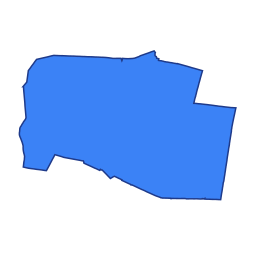 outline of Coacalco de Berriozábal, México, Mexico, rotated 87°
{"feature_id": "50627088B41912886013432", "entity_name": "Coacalco de Berriozábal", "entity_type": "district", "adm_level": 2, "iso_a3": "MEX", "parent_name": "Mexico", "parent_adm1": "México", "projection": "mercator", "projection_center": [-99.1, 19.626], "detail": "fine", "context": "isolated", "style": "filled", "palette": "blue", "viewbox_px": 256, "rotation_deg": 87, "n_neighbors": 0, "source": "geoboundaries", "source_scale": "gbopen_adm2", "svg_char_len": 5277}
<svg xmlns="http://www.w3.org/2000/svg" viewBox="0 0 256 256"><g transform="rotate(87 128 128)"><path d="M81.2,230.7L81.2,230.2L83.9,230.2L86.6,230.1L89.3,230.0L92.1,229.9L94.9,229.8L97.7,229.7L100.6,229.7L103.4,229.6L106.2,229.5L109.0,229.4L111.8,229.3L112.3,229.3L113.1,229.6L113.6,229.8L114.7,230.6L115.4,231.2L116.5,232.1L117.4,232.6L118.7,233.6L120.2,234.5L121.5,235.5L122.4,235.9L123.2,236.1L124.0,236.2L125.7,236.4L127.0,236.7L128.5,236.8L129.1,236.8L129.8,236.7L130.5,236.5L131.2,236.3L133.4,235.5L134.1,235.3L135.6,234.8L136.6,234.5L137.8,234.2L139.2,233.9L140.1,233.7L141.4,233.7L142.1,233.8L143.1,233.8L144.2,233.8L145.2,233.7L146.1,233.6L147.4,233.4L148.4,233.2L149.2,233.0L150.0,232.9L150.6,232.8L151.3,232.8L152.5,233.0L153.6,233.1L154.4,233.2L155.9,233.6L156.7,233.8L158.0,234.0L159.8,234.3L161.5,234.6L162.2,232.2L162.9,229.7L163.5,226.7L163.9,224.3L164.5,221.5L164.9,219.0L165.3,216.8L165.7,214.9L166.1,213.1L166.3,211.7L160.4,208.1L157.0,206.1L155.1,205.0L153.7,204.1L152.7,203.5L150.8,202.4L153.2,195.5L153.9,193.9L154.3,192.3L156.0,185.2L157.7,178.0L158.3,175.8L158.5,174.3L159.8,173.9L160.6,174.0L161.2,173.1L162.3,171.0L164.3,167.1L166.5,163.0L166.9,162.0L167.8,160.4L168.8,158.5L168.3,158.2L167.8,157.8L168.0,157.5L168.0,157.4L168.2,157.2L168.5,157.1L168.6,156.5L168.6,156.3L168.6,156.0L169.0,155.6L169.3,155.4L169.8,154.9L170.2,154.5L170.7,154.2L171.0,153.8L171.5,153.5L171.8,153.1L172.4,152.6L172.7,152.4L173.2,151.9L173.8,151.4L174.1,151.2L174.7,150.7L174.9,150.5L175.5,149.9L175.8,149.7L176.4,149.2L176.6,149.0L177.1,148.6L177.5,148.2L176.0,145.4L175.5,144.1L175.6,143.9L175.7,143.7L175.9,143.3L176.6,142.0L178.1,139.3L178.3,138.8L178.6,138.3L178.8,137.9L179.0,137.6L179.5,136.7L180.0,136.9L180.5,135.9L182.8,131.6L183.9,129.5L184.5,128.3L184.8,127.9L185.1,127.9L185.1,126.8L185.3,126.6L185.7,125.7L186.2,124.8L189.9,117.9L190.2,117.3L190.9,115.8L191.7,114.3L192.6,112.8L193.3,111.4L194.3,109.4L195.0,108.1L195.1,107.9L195.4,107.3L196.8,104.6L197.4,103.3L197.8,102.3L199.0,99.4L199.3,99.1L199.4,98.9L199.4,98.6L199.5,98.0L199.7,97.7L200.1,92.3L200.4,89.0L200.9,88.7L200.6,88.2L201.2,79.3L201.2,78.1L201.4,74.7L201.6,73.9L201.8,73.4L201.9,71.1L202.0,68.7L202.2,65.5L202.3,63.0L202.6,60.2L202.7,59.2L202.7,57.6L202.5,57.8L202.4,57.7L202.4,57.4L202.4,56.9L202.5,56.6L202.6,56.3L202.8,55.9L202.4,55.3L202.3,54.9L202.7,55.0L203.0,55.0L203.2,53.1L203.4,50.3L203.6,48.6L203.8,45.8L204.0,42.7L204.1,42.4L204.4,39.2L202.5,38.8L202.4,38.8L201.4,38.6L199.5,38.2L198.4,38.0L197.7,37.8L197.2,37.7L196.3,37.5L196.0,37.4L194.9,37.2L194.6,37.1L193.5,36.9L192.3,36.7L191.7,36.5L191.2,36.4L190.1,36.2L189.7,36.1L188.5,35.9L188.4,35.9L187.9,35.8L187.3,35.6L186.6,35.3L186.2,35.2L185.0,34.9L184.5,34.8L183.3,34.6L181.4,34.2L180.6,34.0L178.0,33.5L175.2,32.9L174.6,32.8L174.0,32.7L173.0,32.5L172.2,32.3L171.5,32.2L170.3,31.9L169.2,31.7L168.4,31.5L167.9,31.4L167.4,31.3L166.0,31.0L165.0,30.8L164.2,30.7L163.2,30.5L162.3,30.3L161.2,30.1L160.4,29.9L159.4,29.7L158.8,29.6L158.4,29.5L158.1,29.4L157.4,29.3L156.6,29.1L156.2,29.0L154.6,28.7L153.5,28.5L152.7,28.3L151.9,28.1L151.1,27.9L150.9,27.9L150.7,27.8L149.7,27.6L148.8,27.5L147.9,27.3L146.5,27.0L145.9,26.9L145.0,26.7L144.1,26.5L143.1,26.3L142.2,26.1L141.3,25.9L140.8,25.8L140.4,25.7L139.8,25.6L139.4,25.5L138.4,25.3L137.6,25.1L136.6,24.9L135.2,24.8L134.2,24.5L133.0,24.3L132.0,24.1L129.3,23.4L128.8,23.3L128.4,23.2L125.0,22.3L123.8,22.0L122.7,21.7L122.0,21.5L121.6,21.4L120.2,21.0L115.3,19.7L113.5,19.2L113.3,21.2L113.1,22.9L113.0,24.0L112.5,27.0L112.0,30.1L111.5,32.7L111.4,33.2L111.0,36.0L110.5,38.4L110.4,39.1L109.8,42.1L109.6,43.3L109.5,43.7L109.1,46.2L108.9,47.0L108.4,50.2L108.1,52.0L107.9,53.2L107.7,54.3L107.5,56.1L107.0,59.0L106.8,61.0L104.0,60.2L103.3,60.0L103.1,60.0L102.8,59.9L100.8,59.2L100.5,59.1L100.1,58.9L98.6,58.5L96.9,57.9L96.3,57.8L95.0,57.4L93.1,56.8L92.5,56.6L92.0,56.4L91.7,56.3L90.9,56.0L90.6,55.9L89.9,55.7L87.7,55.0L87.3,54.9L83.6,53.6L83.2,53.5L82.2,53.2L79.6,52.3L78.1,51.8L77.8,51.7L77.7,51.7L76.5,51.2L75.4,50.9L74.7,50.6L72.0,58.4L71.1,61.2L70.6,62.5L69.3,66.2L68.2,69.5L67.3,72.2L66.4,74.9L66.5,74.9L66.4,75.7L66.2,76.3L65.8,78.3L65.4,79.9L65.0,81.5L64.9,82.3L64.5,83.9L64.2,85.2L64.1,86.1L63.9,86.8L63.6,88.2L63.2,89.2L63.0,90.0L62.6,91.3L62.5,92.2L62.2,93.6L62.1,94.0L60.5,93.6L60.3,94.2L60.1,94.6L60.0,94.9L60.1,95.3L59.9,95.7L58.5,95.9L58.2,96.0L58.0,96.3L57.7,96.8L57.4,97.0L57.0,97.2L56.6,97.3L56.1,97.2L55.8,97.1L55.3,97.1L54.8,97.1L54.0,96.7L53.8,96.8L53.1,97.6L52.8,97.8L52.4,97.9L53.0,100.0L53.2,101.0L53.4,101.4L54.1,103.6L54.5,105.0L54.9,106.4L55.7,109.1L55.8,109.4L56.5,111.9L57.3,113.4L57.7,114.9L58.0,115.7L58.1,116.1L58.6,117.7L58.8,119.8L58.8,122.8L58.8,123.5L58.7,125.5L58.5,127.5L58.2,129.7L59.1,130.0L59.5,130.1L60.5,130.6L59.2,131.0L58.2,131.2L58.2,131.3L58.1,131.5L57.9,135.3L57.7,139.5L57.3,141.3L56.8,143.9L56.4,146.5L56.1,149.1L55.9,151.7L55.6,154.3L55.4,157.0L55.1,159.6L54.9,162.2L54.7,164.9L54.4,167.5L54.2,170.1L53.9,172.7L53.7,175.4L53.4,178.0L53.2,180.6L53.0,183.3L52.7,186.3L52.4,189.3L52.2,192.3L51.9,195.4L51.6,198.4L52.1,201.3L52.7,204.2L53.2,207.1L53.7,210.0L54.2,212.9L54.7,215.7L56.8,217.5L59.0,219.2L61.1,221.0L63.3,222.7L65.4,224.5L69.6,225.3L73.3,226.0L76.4,226.6L76.9,226.7L81.2,230.7Z" fill="#3b82f6" stroke="#1e3a8a" stroke-width="1.5"/></g></svg>